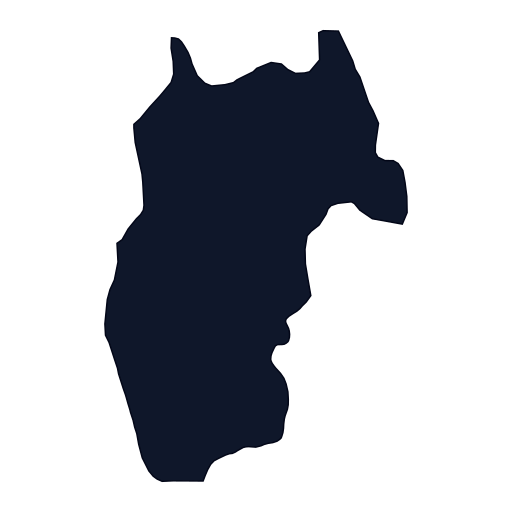 outline of Quetzaltenango, Quezaltenango, Guatemala
{"feature_id": "79465075B80303982129661", "entity_name": "Quetzaltenango", "entity_type": "district", "adm_level": 2, "iso_a3": "GTM", "parent_name": "Guatemala", "parent_adm1": "Quezaltenango", "projection": "equal_earth", "projection_center": [-91.528, 14.813], "detail": "fine", "context": "isolated", "style": "filled", "palette": "ink", "viewbox_px": 512, "rotation_deg": 0, "n_neighbors": 0, "source": "geoboundaries", "source_scale": "gbopen_adm2", "svg_char_len": 2149}
<svg xmlns="http://www.w3.org/2000/svg" viewBox="0 0 512 512"><path d="M402.3,224.1L407.1,212.6L406.8,196.4L405.0,182.3L402.8,170.5L398.1,163.5L393.3,160.7L384.9,160.6L377.8,157.1L375.3,152.6L375.4,145.0L378.5,123.4L373.0,110.8L368.5,102.4L359.9,77.0L355.2,69.2L352.7,60.9L338.4,31.1L323.1,30.7L318.7,32.7L319.6,59.9L309.6,71.8L304.5,73.0L295.4,73.4L287.7,69.5L281.4,64.0L271.1,62.5L256.8,68.3L253.2,71.8L237.2,79.7L233.5,82.6L225.0,84.7L211.6,86.0L204.8,83.2L197.2,75.7L192.0,63.9L190.4,58.1L188.0,52.4L184.3,46.1L181.5,41.9L178.5,39.0L174.8,38.0L171.5,37.8L171.1,48.1L173.2,61.4L173.7,74.1L171.1,82.5L162.8,92.6L159.2,96.8L149.9,106.9L140.2,118.7L133.9,124.3L133.9,128.1L135.2,142.4L142.0,174.0L142.8,182.4L144.0,205.3L143.3,210.3L140.6,214.6L136.4,218.8L128.2,228.9L122.1,239.7L117.0,243.3L118.0,262.0L114.4,280.0L110.0,289.6L107.3,299.5L104.9,323.9L105.5,335.2L109.1,342.5L114.6,359.5L117.5,368.2L118.6,373.9L123.3,388.6L125.4,394.5L126.3,397.5L128.0,403.6L129.8,409.4L130.6,412.6L133.1,420.2L134.7,427.2L136.8,433.6L138.7,444.3L142.3,457.9L148.9,471.0L153.3,476.3L157.2,479.1L162.1,481.3L172.9,480.8L192.0,480.9L203.1,481.0L205.1,475.7L207.7,469.6L210.6,464.4L214.0,460.8L218.5,458.4L225.6,455.0L229.4,453.7L232.3,453.4L235.4,452.0L237.5,450.6L243.3,447.4L245.9,446.8L248.6,446.6L255.8,447.1L261.0,445.8L264.2,444.4L268.2,443.3L272.8,442.6L277.0,441.2L279.8,439.3L281.2,437.9L281.9,435.9L282.9,432.6L283.5,428.3L283.7,424.1L284.3,419.1L285.1,415.8L287.4,409.3L288.2,404.8L288.3,399.4L287.9,391.8L286.1,384.0L283.9,378.3L280.6,373.5L275.6,368.0L273.8,365.7L272.2,363.4L271.1,361.1L270.7,359.4L271.0,355.8L272.0,352.6L274.2,347.9L275.4,345.8L277.5,344.6L282.0,344.5L284.2,344.2L286.1,343.2L287.9,341.7L288.6,340.4L289.4,337.4L289.6,334.3L289.2,330.8L288.6,328.6L287.5,326.2L286.1,323.4L285.6,321.8L285.7,320.2L286.3,318.8L288.8,316.3L293.2,313.4L296.8,311.2L299.9,308.6L302.3,305.8L306.2,302.0L310.8,295.6L307.8,278.4L305.4,263.9L305.0,249.1L307.1,235.8L311.1,231.3L319.2,224.9L326.0,214.3L328.0,208.9L331.0,205.6L337.8,203.3L351.4,201.8L354.4,203.5L359.9,210.2L372.3,218.7L402.3,224.1Z" fill="#0f172a" stroke="#020617" stroke-width="1.5"/></svg>